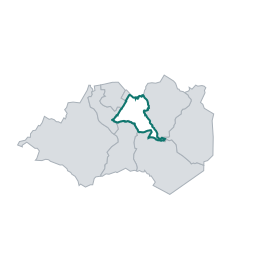 Cameroon highlighted, Albers equal-area conic projection, rotated 120°
{"feature_id": "CMR", "entity_name": "Cameroon", "entity_type": "country or territory", "adm_level": 0, "iso_a3": "CMR", "parent_name": "Africa", "parent_adm1": "", "projection": "albers", "projection_center": [12.994, 7.377], "detail": "fine", "context": "with_neighbors", "style": "outline", "palette": "teal", "viewbox_px": 256, "rotation_deg": 120, "n_neighbors": 8, "source": "natural_earth", "source_scale": "50m", "svg_char_len": 8524}
<svg xmlns="http://www.w3.org/2000/svg" viewBox="0 0 256 256"><g transform="rotate(120 128 128)"><path d="M194.0,168.4L195.6,178.5L195.2,181.0L196.3,183.7L199.3,186.3L202.2,192.1L200.2,191.7L192.2,193.3L190.9,196.4L192.1,198.4L190.9,208.6L195.9,211.0L197.2,210.1L197.9,215.1L194.0,215.2L189.9,210.8L186.1,210.3L184.9,207.9L181.8,209.5L177.8,209.0L176.1,206.9L170.5,206.8L170.2,205.3L166.2,205.0L159.7,206.2L159.9,200.6L158.2,198.9L157.7,196.1L158.4,193.2L157.4,191.4L157.2,188.5L151.2,188.6L151.6,186.9L149.1,187.0L148.8,187.8L145.7,188.0L143.8,192.0L141.0,191.4L136.1,192.5L133.0,188.5L130.3,182.2L115.7,182.2L110.5,183.3L109.8,181.8L111.1,181.3L112.0,178.0L113.8,177.0L115.1,177.5L116.8,175.7L119.5,175.7L119.8,177.0L121.7,177.9L128.7,171.0L128.5,167.1L130.6,162.4L136.0,157.5L136.6,156.0L137.4,152.5L137.7,145.5L140.1,139.8L140.7,133.5L142.6,131.0L145.1,129.4L152.3,132.7L159.4,134.0L161.5,130.7L163.7,131.1L169.0,128.5L171.0,129.5L172.5,129.3L173.2,128.1L175.0,127.7L181.7,128.1L183.3,127.5L186.4,131.4L188.6,132.0L194.8,130.2L196.0,132.2L200.4,135.3L200.3,141.0L202.3,141.6L199.0,144.7L196.3,149.6L196.1,153.5L195.1,155.4L195.2,159.0L193.8,160.4L192.7,166.3L194.0,168.4Z" fill="#d9dde1" stroke="#a8b0b8" stroke-width="1"/><path d="M164.6,58.6L165.2,77.6L161.2,77.3L157.9,84.0L158.9,85.1L157.4,86.6L158.0,88.6L156.3,92.4L158.0,92.1L159.0,94.0L159.1,96.8L160.9,98.2L160.9,99.3L157.9,100.2L155.5,102.3L152.2,107.6L147.7,110.0L141.7,110.2L142.2,111.9L137.7,115.6L131.7,117.5L129.7,116.3L128.8,117.6L124.8,117.9L125.6,116.6L123.3,111.3L121.3,110.4L118.4,107.6L119.5,105.3L125.7,105.5L123.0,101.1L122.9,94.6L121.0,91.5L121.4,89.2L118.4,89.1L118.4,86.0L116.4,84.2L118.4,77.9L124.4,73.3L124.7,67.1L126.4,57.4L127.4,55.3L125.5,53.7L125.4,52.2L123.6,51.0L122.4,43.7L127.1,41.1L164.6,58.6Z" fill="#d9dde1" stroke="#a8b0b8" stroke-width="1"/><path d="M122.4,43.7L123.6,51.0L125.4,52.2L125.5,53.7L127.4,55.3L126.4,57.4L124.7,67.1L124.4,73.3L118.4,77.9L116.4,84.2L118.4,86.0L118.4,89.1L121.4,89.2L121.0,91.5L119.6,91.8L119.5,93.3L118.6,93.4L115.4,88.1L114.2,88.0L110.5,90.7L104.3,88.9L102.9,89.6L100.2,89.5L97.3,91.5L94.9,91.6L89.2,89.0L86.9,90.2L84.5,90.1L82.8,88.2L78.0,86.3L72.9,86.8L71.7,87.8L70.9,90.6L69.5,92.6L69.1,96.9L65.6,94.0L63.8,94.0L62.2,95.4L62.4,92.0L57.0,90.8L56.9,88.5L54.3,85.2L53.7,83.0L54.2,80.7L57.2,80.6L59.0,78.9L69.6,78.0L70.1,75.0L72.8,71.8L73.0,60.8L79.6,58.8L93.2,49.7L109.2,40.8L116.5,42.8L119.2,45.4L122.4,43.7Z" fill="#d9dde1" stroke="#a8b0b8" stroke-width="1"/><path d="M64.1,123.1L64.5,112.1L65.5,109.1L69.4,104.7L68.9,103.3L69.9,101.4L68.9,98.5L69.5,92.6L70.9,90.6L71.7,87.8L72.9,86.8L78.0,86.3L82.8,88.2L84.5,90.1L86.9,90.2L89.2,89.0L94.9,91.6L97.3,91.5L100.2,89.5L102.9,89.6L104.3,88.9L110.5,90.7L114.2,88.0L115.4,88.1L118.6,93.4L119.5,93.3L121.4,95.3L120.6,97.8L116.6,101.5L112.7,111.7L110.1,113.7L107.8,120.1L104.5,121.7L101.8,119.7L100.0,119.8L97.1,122.6L95.7,122.7L92.1,130.8L87.0,132.5L85.2,132.2L83.3,133.3L79.4,133.1L76.9,130.0L75.4,126.5L72.0,123.2L64.1,123.1Z" fill="#d9dde1" stroke="#a8b0b8" stroke-width="1"/><path d="M183.3,127.5L181.7,128.1L175.0,127.7L171.0,129.5L169.0,128.5L163.7,131.1L161.5,130.7L159.4,134.0L152.3,132.7L145.1,129.4L142.6,131.0L140.7,133.5L140.3,136.9L133.9,135.9L131.0,138.5L128.5,143.0L127.8,139.4L125.5,137.8L123.3,133.6L121.0,131.1L120.9,127.6L121.3,123.8L122.4,122.9L124.8,117.9L128.8,117.6L129.7,116.3L131.7,117.5L137.7,115.6L142.2,111.9L141.7,110.2L147.7,110.0L152.2,107.6L155.5,102.3L157.9,100.2L160.9,99.3L161.5,101.4L164.3,104.4L164.0,109.9L172.1,115.2L172.2,116.8L177.5,121.3L178.8,124.2L182.5,126.0L183.3,127.5Z" fill="#d9dde1" stroke="#a8b0b8" stroke-width="1"/><path d="M140.3,136.9L140.1,139.8L137.7,145.5L137.4,152.5L136.6,156.0L136.0,157.5L130.6,162.4L128.5,167.1L128.7,171.0L121.7,177.9L119.8,177.0L119.5,175.7L116.8,175.7L115.1,177.5L112.0,175.4L108.5,178.2L104.4,173.2L108.2,170.5L106.4,167.3L108.1,166.1L111.4,165.6L111.8,163.4L114.4,165.7L118.7,165.9L120.2,163.7L120.8,160.5L120.3,156.7L118.0,153.9L120.1,148.2L118.9,147.3L115.2,147.7L113.9,145.2L114.2,143.1L120.4,143.2L128.2,145.6L128.5,143.0L131.0,138.5L133.9,135.9L140.3,136.9Z" fill="#d9dde1" stroke="#a8b0b8" stroke-width="1"/><path d="M105.5,143.1L110.7,143.4L113.6,142.8L114.2,143.1L113.9,145.2L115.2,147.7L118.9,147.3L120.1,148.2L118.0,153.9L120.3,156.7L120.8,160.5L120.2,163.7L118.7,165.9L114.4,165.7L111.8,163.4L111.4,165.6L108.1,166.1L106.4,167.3L108.2,170.5L104.4,173.2L96.2,164.3L93.2,159.3L96.7,149.1L105.5,148.9L105.5,143.1Z" fill="#d9dde1" stroke="#a8b0b8" stroke-width="1"/><path d="M97.5,142.9L105.5,143.1L105.5,148.9L96.7,149.1L95.8,148.4L97.5,142.9Z" fill="#d9dde1" stroke="#a8b0b8" stroke-width="1"/><path d="M92.3,130.9L92.5,130.5L92.8,130.0L93.1,129.4L93.6,128.7L93.8,127.4L94.0,126.6L94.2,125.9L94.5,125.2L94.8,124.8L95.7,123.9L96.4,123.3L96.7,123.0L96.9,122.8L97.3,122.6L97.8,122.3L98.1,121.7L98.3,121.1L98.5,121.0L98.8,120.9L99.6,120.4L100.1,120.0L100.3,120.4L100.4,120.5L100.8,120.6L101.4,120.6L101.7,120.5L101.9,120.3L102.1,119.8L102.2,119.7L102.3,119.7L103.0,120.1L103.5,120.6L104.0,121.1L104.3,121.3L104.4,121.5L104.6,122.4L104.7,122.7L104.9,122.8L105.4,122.7L105.8,122.5L106.1,122.3L106.5,122.0L106.8,121.7L106.9,120.7L107.0,120.6L107.4,120.3L108.0,119.8L108.4,119.5L108.3,119.4L108.1,119.0L107.9,118.7L108.1,118.3L108.3,118.1L109.1,117.2L109.1,116.9L109.2,116.5L109.8,115.4L110.2,114.1L110.2,113.8L110.5,113.1L111.0,112.3L111.8,112.1L112.2,111.9L112.6,111.5L112.8,111.2L112.9,110.8L113.0,110.2L113.2,109.5L113.3,108.8L113.5,108.2L113.9,107.9L114.7,107.7L114.8,107.5L114.9,107.1L115.0,106.3L115.0,105.8L115.0,105.6L115.1,105.2L115.8,104.6L116.1,103.6L116.4,102.5L117.2,101.2L118.1,99.9L118.5,99.5L118.9,99.4L119.3,99.3L119.6,99.2L120.6,98.6L121.0,98.4L121.3,98.1L121.4,97.7L121.3,97.0L121.5,96.5L121.6,95.7L121.6,95.2L121.6,94.9L121.4,94.7L121.1,94.2L120.6,94.0L119.9,94.0L119.5,93.8L119.5,93.5L119.5,93.3L119.4,93.1L119.4,92.7L118.9,90.5L119.8,90.5L120.8,90.7L121.1,90.9L121.2,91.7L121.6,92.1L122.2,92.5L122.6,93.2L122.8,94.4L123.2,95.0L123.7,96.1L123.8,96.4L123.8,97.0L123.8,97.4L124.0,97.9L123.7,98.7L123.6,99.3L123.5,100.0L123.7,101.3L124.0,102.2L124.4,103.0L124.7,103.7L125.3,104.3L126.0,105.0L126.5,105.3L126.0,105.6L124.9,105.6L124.3,105.5L124.1,105.5L123.8,105.6L122.6,105.7L121.5,105.6L120.4,105.5L119.8,105.5L119.3,105.9L118.9,106.5L118.5,106.9L118.7,107.4L118.9,107.7L119.5,108.3L120.0,108.9L120.2,109.3L121.2,110.2L122.2,110.9L122.3,111.1L122.6,111.2L122.8,111.3L123.3,111.7L124.0,112.4L124.7,113.6L125.1,114.7L125.6,115.9L125.8,116.0L126.1,116.2L126.1,116.4L126.1,116.8L126.0,117.1L125.8,117.4L125.3,118.3L124.7,118.7L124.5,119.0L124.4,119.4L124.2,119.7L123.9,120.4L123.7,121.1L123.4,121.3L122.8,122.2L122.4,123.1L122.4,123.3L122.2,123.5L121.4,124.0L121.1,124.1L121.0,124.3L120.8,124.5L120.9,125.0L121.1,125.3L121.3,125.3L121.5,125.3L121.6,125.5L121.7,127.3L121.5,127.6L121.4,128.1L121.4,128.4L121.5,128.5L121.8,128.9L121.9,129.4L122.1,131.4L122.2,131.7L122.4,131.9L123.0,132.3L123.6,132.9L123.8,133.2L124.0,133.8L124.2,134.3L124.1,134.5L123.9,134.5L123.7,134.5L123.8,134.9L124.2,135.5L124.7,136.1L125.3,136.7L125.8,137.2L126.4,137.9L126.8,138.3L127.3,138.8L127.7,139.0L128.0,139.0L128.2,139.3L128.5,139.6L128.7,139.9L128.8,140.2L128.7,140.6L128.8,141.0L128.9,141.4L129.0,142.0L129.1,142.5L129.3,143.0L129.3,143.3L129.0,143.5L128.8,143.8L128.8,144.2L128.9,144.7L129.1,145.3L129.1,145.6L128.9,145.8L128.3,145.5L127.9,145.2L127.2,144.7L126.5,144.6L125.6,144.5L125.2,144.6L125.0,144.4L124.6,144.2L124.4,144.2L124.1,144.3L123.9,144.3L123.6,144.3L123.1,144.3L123.1,144.0L123.0,143.9L122.4,144.0L122.3,143.7L122.2,143.8L122.0,143.7L121.5,143.4L121.1,143.6L120.1,143.6L118.9,143.6L117.6,143.6L116.4,143.6L115.3,143.6L115.2,143.3L114.9,143.1L114.5,143.1L113.2,143.2L112.2,143.1L111.9,143.1L111.6,143.0L110.7,142.9L109.7,143.0L108.7,143.0L106.8,142.9L105.8,142.9L105.8,143.1L105.7,143.5L104.6,143.5L103.1,143.5L101.7,143.5L100.7,143.5L99.2,143.5L98.6,143.3L98.5,143.1L98.4,143.0L98.4,142.9L98.4,141.7L98.6,140.7L98.7,139.9L99.0,139.1L98.9,138.3L98.7,137.9L97.7,136.8L98.2,136.4L97.6,136.5L97.4,136.1L97.1,135.6L97.3,135.5L97.5,135.2L98.0,135.3L98.0,135.2L97.6,134.7L97.8,134.3L97.7,134.2L97.4,134.4L97.1,134.4L96.9,134.3L96.9,134.6L96.7,134.9L96.5,135.0L96.2,134.9L95.9,134.7L95.7,134.6L95.0,134.4L94.5,134.1L94.4,133.4L94.1,133.1L94.1,132.8L94.0,132.4L94.1,131.9L93.8,131.7L93.6,131.8L93.3,131.7L93.1,131.4L92.8,131.3L93.0,131.9L92.8,132.0L92.4,132.0L92.3,131.8L92.2,131.6L92.4,130.9L92.3,130.9Z" fill="none" stroke="#0f766e" stroke-width="2"/></g></svg>